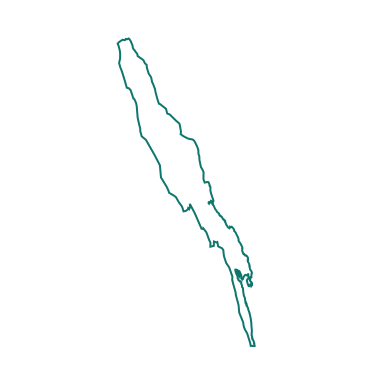 the district of Naustdal nor, Sogn og Fjordane, Norway, rotated 255°
{"feature_id": "86288312B26006873057513", "entity_name": "Naustdal nor", "entity_type": "district", "adm_level": 2, "iso_a3": "NOR", "parent_name": "Norway", "parent_adm1": "Sogn og Fjordane", "projection": "equal_earth", "projection_center": [5.574, 61.552], "detail": "fine", "context": "isolated", "style": "outline", "palette": "teal", "viewbox_px": 384, "rotation_deg": 255, "n_neighbors": 0, "source": "geoboundaries", "source_scale": "gbopen_adm2", "svg_char_len": 5823}
<svg xmlns="http://www.w3.org/2000/svg" viewBox="0 0 384 384"><g transform="rotate(255 192 192)"><path d="M354.5,158.6L352.1,158.9L348.9,158.9L346.7,158.8L344.2,158.4L339.3,157.0L335.6,155.0L330.9,155.0L328.9,155.3L324.7,155.6L316.3,155.9L309.6,156.0L308.6,157.8L306.2,159.1L297.4,159.6L297.0,160.2L294.7,160.7L292.2,161.0L289.2,160.8L277.6,158.7L269.6,158.4L266.5,158.4L264.3,157.8L258.8,157.8L254.3,161.0L237.1,165.5L226.1,167.9L214.1,165.8L203.5,168.9L199.5,169.6L197.1,169.7L193.2,173.6L191.1,175.2L185.6,176.6L181.0,178.4L179.4,178.7L175.5,178.8L175.3,181.2L176.2,183.4L177.5,184.2L176.2,184.9L178.0,186.3L181.1,186.8L171.3,189.1L154.1,191.7L153.5,193.0L153.5,193.3L153.9,193.5L149.8,195.3L147.8,195.6L140.8,196.2L138.4,196.7L134.4,195.6L134.3,199.1L138.5,200.4L136.9,202.6L137.1,203.5L132.7,203.2L129.8,206.5L127.8,207.2L122.9,206.4L121.0,206.3L115.6,206.6L114.4,206.7L109.6,208.4L99.9,209.1L96.4,208.0L95.4,208.2L95.0,208.1L94.7,208.0L83.1,208.1L81.7,207.7L70.8,207.7L63.3,206.4L52.8,207.7L50.0,207.3L47.7,207.3L45.2,207.6L41.2,208.7L31.3,209.1L28.1,208.9L27.8,210.5L27.4,211.1L27.0,212.6L27.7,212.8L29.5,212.7L29.6,212.8L29.7,212.7L30.4,212.9L30.4,213.0L31.2,212.9L31.9,213.0L33.4,212.6L32.9,212.7L33.2,212.5L34.5,212.2L35.2,212.2L35.6,212.3L35.5,212.5L35.9,212.5L35.6,212.4L35.9,212.4L37.3,212.7L38.3,212.5L39.9,213.0L40.5,213.4L40.7,213.5L40.5,213.3L40.8,213.3L42.3,213.9L48.1,214.9L49.4,215.3L53.9,215.9L58.7,216.2L59.6,216.1L59.9,216.3L64.1,215.9L65.4,216.1L67.9,215.4L68.3,215.4L68.4,215.6L68.8,215.5L68.7,215.6L68.8,215.6L69.0,215.6L69.0,215.4L69.3,215.5L69.5,215.6L69.4,215.7L69.8,215.8L70.3,215.5L71.6,215.6L72.8,215.2L75.6,215.6L76.5,215.6L78.4,215.2L80.2,215.5L81.1,215.5L85.9,216.3L86.7,216.1L87.0,215.8L89.2,216.1L90.9,215.8L91.4,216.0L91.2,216.0L92.0,216.2L93.0,215.9L93.3,215.6L93.3,215.0L93.8,214.9L93.8,214.7L94.4,214.5L94.8,214.1L97.2,213.8L97.7,213.9L97.9,214.1L98.2,214.2L98.7,214.2L101.4,213.7L103.6,213.5L104.8,213.6L105.5,213.6L105.8,213.7L105.8,213.9L105.7,214.1L105.6,214.6L105.3,214.9L103.6,215.1L101.8,215.0L100.5,215.3L99.4,215.4L99.2,215.6L98.6,215.8L99.4,216.0L101.9,215.6L102.7,215.8L103.0,216.1L103.8,216.4L103.5,216.6L103.6,216.9L103.5,217.1L102.9,217.4L100.3,217.8L98.6,217.7L98.6,217.9L97.7,217.7L96.4,217.6L95.8,217.4L94.9,217.7L95.3,217.9L94.9,218.2L94.9,218.3L95.2,218.4L94.9,218.7L94.9,218.9L95.3,219.2L96.3,219.6L96.8,219.9L97.3,220.9L97.9,221.3L98.1,222.2L98.0,222.5L97.3,223.3L97.5,223.8L97.0,224.2L97.3,224.5L98.1,224.8L98.1,225.0L97.7,225.1L95.7,224.5L94.1,224.4L93.5,223.5L93.5,223.1L93.0,222.7L92.9,222.5L92.4,222.1L90.7,222.0L88.2,222.1L86.4,222.4L86.3,222.6L86.2,222.9L86.5,223.1L86.5,223.3L87.3,223.9L88.0,225.0L87.8,225.2L87.4,225.3L85.9,225.1L86.3,225.6L86.4,225.8L86.8,226.0L87.8,226.3L88.4,226.1L88.6,226.2L88.7,226.3L89.1,226.3L89.6,225.8L90.0,225.8L90.8,225.2L91.5,225.0L91.9,225.1L92.0,225.2L91.9,225.4L92.2,225.5L93.5,225.6L93.9,225.7L93.8,226.0L94.4,226.1L94.7,226.3L94.7,226.5L94.5,226.9L94.2,227.1L94.3,227.3L94.9,227.2L95.6,227.7L96.9,228.1L97.5,228.5L97.9,228.5L98.2,228.9L98.6,229.0L99.2,228.9L100.1,228.9L100.8,228.7L101.1,228.4L102.6,228.1L104.2,228.2L104.8,228.4L105.5,228.2L105.6,228.5L106.6,228.6L108.8,228.4L110.2,228.0L110.8,227.9L112.0,228.3L111.9,228.6L114.2,229.0L115.5,228.6L115.8,228.3L116.5,228.1L116.8,227.8L116.8,227.5L117.0,227.4L116.2,227.4L116.6,227.2L116.1,227.2L117.7,226.8L117.9,226.7L117.6,226.5L117.7,226.4L118.7,226.1L118.7,225.8L119.5,225.4L120.7,225.5L122.1,225.2L123.4,225.7L124.2,225.8L124.2,226.0L124.8,226.2L125.7,226.2L126.9,226.1L127.7,225.8L128.1,225.8L130.3,225.3L132.1,224.5L133.4,224.5L134.6,224.8L137.0,224.6L138.3,224.2L141.5,223.7L143.7,222.6L144.4,222.9L145.1,222.8L146.4,222.3L148.2,221.3L148.2,221.1L147.9,220.8L148.1,220.2L148.5,219.8L147.9,219.6L147.8,219.4L147.8,219.2L147.2,218.8L147.3,218.6L148.0,218.3L148.2,217.9L148.6,217.6L151.5,216.7L152.7,216.5L153.6,216.5L154.7,216.1L155.0,216.1L155.0,216.3L155.3,216.6L156.0,216.4L156.2,216.1L157.1,215.7L157.1,215.3L157.9,215.1L158.0,214.9L160.6,214.2L160.8,213.9L160.8,213.7L161.4,213.3L161.8,213.3L161.8,212.9L162.1,212.8L162.7,212.5L164.0,212.5L165.0,212.1L165.4,211.6L166.0,211.2L168.4,210.5L169.4,210.0L173.1,209.4L174.3,209.1L173.6,209.1L174.5,208.7L174.7,208.9L174.4,209.0L174.5,209.0L174.9,209.1L175.0,208.8L175.3,208.7L176.2,209.2L176.5,209.3L176.4,208.9L176.8,207.6L176.6,207.3L176.9,207.5L177.0,207.2L176.8,207.2L177.0,207.2L177.1,206.9L176.8,206.2L177.0,206.2L176.7,206.1L177.3,206.1L176.9,205.9L177.4,206.1L176.8,205.6L177.4,205.9L177.3,205.7L176.9,205.6L176.7,205.6L176.4,205.4L176.8,205.2L177.6,205.3L177.9,205.7L177.8,206.5L177.3,207.9L177.4,208.1L177.5,208.1L177.8,207.7L178.2,207.8L178.4,207.9L177.9,207.5L177.8,207.1L178.0,207.5L178.5,208.0L178.1,208.2L178.2,208.3L178.1,208.6L176.9,209.7L177.7,210.4L179.5,210.5L180.9,210.3L186.8,210.0L189.4,210.3L191.2,210.9L192.7,211.1L193.0,210.6L194.7,210.8L197.3,210.4L197.6,209.6L197.8,208.7L197.7,208.5L197.8,206.7L201.1,206.4L202.3,206.6L208.1,208.3L211.0,207.9L213.7,207.1L214.5,207.1L221.1,207.5L224.6,208.3L225.4,208.3L227.1,208.1L231.1,209.0L234.7,208.7L239.7,207.7L240.5,207.5L242.2,206.6L242.9,205.5L244.0,203.1L245.2,201.3L248.3,198.0L250.8,196.0L252.4,196.7L253.6,197.0L260.5,197.6L261.8,197.3L264.9,195.1L272.6,190.6L274.2,188.4L279.1,188.4L285.5,183.6L285.8,182.9L290.9,182.6L297.5,182.6L301.2,182.9L303.5,182.6L307.2,182.3L308.0,181.9L313.0,182.2L314.0,182.0L317.5,180.8L322.7,180.6L324.5,180.7L326.5,181.1L328.6,179.8L331.9,179.2L337.4,174.7L339.4,174.9L341.3,174.1L341.9,173.8L343.6,173.3L344.3,172.8L345.9,172.3L347.2,172.2L349.0,172.5L350.1,172.3L353.8,171.8L355.8,171.1L356.6,170.6L356.7,170.4L356.3,169.5L356.3,168.9L356.9,168.2L357.0,167.7L356.2,166.9L356.0,166.4L357.0,164.5L357.0,164.3L356.5,162.7L355.6,160.1L354.5,158.6Z" fill="none" stroke="#0f766e" stroke-width="2"/></g></svg>